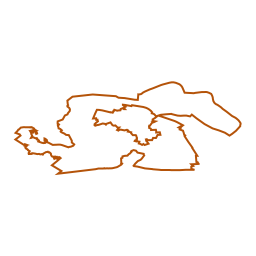 the district of Salaspils pag., Salaspils, Latvia, rotated 180°
{"feature_id": "27541924B60067262699330", "entity_name": "Salaspils pag.", "entity_type": "district", "adm_level": 2, "iso_a3": "LVA", "parent_name": "Latvia", "parent_adm1": "Salaspils", "projection": "natural_earth1", "projection_center": [24.381, 56.873], "detail": "fine", "context": "isolated", "style": "outline", "palette": "amber", "viewbox_px": 256, "rotation_deg": 180, "n_neighbors": 0, "source": "geoboundaries", "source_scale": "gbopen_adm2", "svg_char_len": 5840}
<svg xmlns="http://www.w3.org/2000/svg" viewBox="0 0 256 256"><g transform="rotate(180 128 128)"><path d="M188.3,152.4L188.1,151.2L187.9,150.9L188.7,150.0L188.5,149.4L187.5,148.7L186.8,148.1L186.1,146.8L186.1,146.1L186.3,144.9L188.0,142.9L188.5,141.6L191.1,140.5L193.3,136.5L198.3,134.6L198.4,132.7L197.5,131.8L197.0,131.5L197.2,131.2L198.2,131.1L198.2,130.8L198.0,129.8L197.4,128.2L197.4,127.6L195.7,127.0L194.2,125.7L195.4,124.6L195.3,124.3L194.5,123.7L191.6,122.4L189.9,121.1L187.2,120.9L184.2,115.3L184.2,113.5L181.8,111.6L182.7,110.3L185.2,109.3L187.1,109.0L187.6,108.7L193.9,110.9L195.5,111.3L196.9,111.4L203.3,111.1L207.7,113.4L209.4,113.8L208.9,114.5L209.2,116.0L210.7,117.2L211.5,117.5L211.5,115.2L211.0,115.0L210.6,114.5L210.6,113.4L210.8,113.1L212.5,112.9L214.0,113.2L217.7,114.5L217.1,115.5L217.4,115.8L218.7,116.4L218.4,116.7L219.2,117.9L220.0,117.7L221.2,118.0L222.9,118.8L223.8,118.6L224.5,118.2L225.0,118.1L224.8,118.5L224.0,119.7L223.8,120.1L223.9,120.5L224.6,121.6L224.9,123.0L222.9,123.4L223.1,123.8L223.9,123.6L225.1,123.6L225.8,124.8L225.1,124.7L225.3,125.2L223.3,125.7L223.2,125.5L222.0,125.0L220.5,124.1L219.8,122.1L218.9,122.5L219.5,124.4L220.0,124.7L220.0,124.9L220.1,125.0L221.0,125.0L221.8,125.2L221.5,125.6L221.6,125.8L221.5,126.0L220.7,126.0L222.3,126.9L222.5,127.3L222.2,127.6L223.7,128.5L225.5,128.6L225.4,128.8L228.1,128.7L232.5,128.8L235.2,128.4L237.2,126.4L237.6,126.4L237.8,126.2L238.3,125.3L240.4,123.1L236.3,121.6L235.5,120.4L240.6,116.5L231.8,110.9L231.4,111.2L231.1,111.8L228.9,111.0L230.5,110.4L230.7,110.2L229.3,110.0L229.5,109.6L230.2,109.5L230.5,109.3L230.7,108.7L230.4,107.9L229.8,107.3L228.7,106.8L228.1,106.2L228.1,105.9L226.3,104.8L227.4,102.9L227.2,102.0L224.4,102.1L224.4,102.6L223.5,102.8L220.9,102.4L218.7,101.9L216.9,102.1L215.8,101.6L214.2,101.9L213.4,101.4L213.0,101.5L213.0,102.2L210.0,103.9L209.0,104.0L208.1,104.3L208.0,104.2L207.9,103.9L207.0,103.5L206.6,103.7L205.2,102.5L205.1,102.3L205.1,101.6L204.8,100.7L204.3,99.9L203.9,99.5L202.9,99.3L200.7,99.4L200.5,99.0L199.5,99.0L199.1,99.2L198.4,98.5L197.8,98.8L197.4,98.4L198.9,97.6L202.1,98.0L201.7,97.2L201.1,97.6L200.5,97.6L198.2,97.1L197.9,97.9L196.4,98.8L195.4,97.9L196.6,96.9L198.8,95.0L204.1,90.7L194.6,85.0L198.0,82.3L160.5,86.8L157.4,87.5L152.6,87.5L151.7,87.8L151.2,87.5L148.8,87.7L148.0,87.6L144.6,87.7L143.5,87.8L139.2,88.8L138.3,89.2L134.8,91.3L134.2,91.9L133.9,92.4L134.8,92.7L134.7,93.0L134.9,97.6L133.6,98.2L133.5,99.6L131.1,100.2L128.7,100.3L128.2,100.6L127.9,101.2L127.0,102.0L126.3,102.3L124.6,104.1L124.9,104.5L124.6,105.0L122.4,105.9L120.0,105.3L118.5,103.4L112.5,102.2L112.6,101.9L111.8,100.6L114.2,97.4L115.4,96.2L118.2,94.9L120.8,92.3L122.4,90.2L122.1,89.9L118.5,89.4L111.0,87.6L103.6,86.9L103.4,86.8L102.6,86.7L96.5,86.2L94.9,86.0L86.8,86.0L84.9,85.9L75.6,85.9L70.1,86.2L61.5,86.2L64.5,87.1L64.7,87.6L64.7,89.3L62.8,90.0L63.8,90.8L64.7,91.7L60.5,91.9L57.4,92.1L57.4,92.3L57.6,92.4L58.4,93.8L59.6,94.0L60.1,100.2L58.7,100.2L63.8,108.1L63.6,108.4L67.6,114.0L71.2,119.5L71.4,119.9L70.8,120.6L71.8,121.3L72.3,123.2L73.0,125.3L76.2,126.5L75.5,127.6L77.4,128.5L75.2,129.7L74.6,129.4L73.0,130.7L79.4,134.1L81.4,135.0L95.0,139.6L97.7,140.4L96.2,140.9L95.2,141.2L90.1,141.7L84.5,142.1L84.3,142.0L84.3,141.9L81.6,141.2L78.4,140.4L75.3,140.2L72.1,140.4L69.6,140.4L65.9,139.6L64.2,141.4L59.5,137.7L51.4,131.9L43.4,127.6L37.1,125.6L31.1,123.3L26.5,120.4L23.8,122.2L20.0,125.2L15.8,129.8L15.8,130.8L15.5,131.6L15.4,132.7L16.2,134.0L17.5,135.7L19.2,137.2L20.5,138.2L23.9,140.0L29.5,144.4L33.3,147.1L35.1,148.8L37.4,150.4L38.6,151.2L39.8,151.7L40.9,152.5L41.7,153.3L42.6,154.9L43.1,157.0L43.3,158.7L43.9,160.4L44.8,162.1L47.0,163.2L49.0,163.9L49.9,164.0L54.5,163.9L60.9,163.1L62.2,162.8L71.4,163.3L72.1,165.0L73.7,168.7L74.5,169.9L75.8,171.2L76.9,171.9L80.2,173.2L82.6,173.7L84.1,173.7L86.5,173.3L93.2,171.5L94.8,171.0L103.6,167.5L106.2,166.6L111.2,164.4L113.2,163.3L113.8,162.7L115.0,161.9L117.3,161.5L117.7,161.6L118.2,156.1L121.5,156.3L131.3,157.9L137.5,158.3L140.1,159.8L163.3,161.5L183.5,159.3L188.6,155.4L188.3,152.4ZM104.0,133.2L106.3,130.1L106.8,130.2L107.0,129.5L106.7,128.3L106.8,128.1L105.4,127.4L104.7,126.5L104.8,126.0L100.1,126.2L99.7,124.1L99.8,123.5L96.2,123.7L95.6,121.2L98.4,121.1L100.0,118.0L102.9,118.1L103.9,115.9L108.0,115.9L108.5,116.1L108.9,116.6L109.2,116.8L110.0,116.6L109.8,116.1L109.9,115.7L109.7,115.0L109.4,114.9L107.5,112.3L111.4,111.0L112.6,112.0L113.9,111.1L115.7,112.1L117.2,112.5L116.6,114.3L120.1,114.8L120.1,114.7L121.3,115.0L121.1,115.4L120.2,115.3L119.6,116.7L119.1,116.5L119.0,118.1L119.4,118.9L119.9,120.6L120.3,120.9L123.2,120.9L124.9,122.8L125.0,123.0L124.8,123.7L128.1,124.4L127.6,125.2L127.8,125.4L127.9,125.2L129.1,126.2L131.5,125.6L135.4,126.4L137.1,125.9L137.6,125.4L138.9,126.0L136.9,128.4L138.3,128.3L140.4,130.4L140.7,130.6L142.1,130.3L143.5,130.8L145.5,133.6L149.5,132.2L149.9,131.9L150.2,131.1L150.6,130.8L150.1,131.9L150.2,132.0L153.3,132.5L157.5,131.1L158.6,131.0L160.8,130.3L161.4,130.9L160.9,131.4L160.8,131.9L161.1,132.1L160.0,133.2L158.7,134.2L158.6,134.5L158.1,134.7L158.5,136.3L159.8,136.2L159.9,137.7L162.9,137.5L161.0,142.1L159.1,146.2L156.9,146.1L153.7,145.6L145.5,143.6L145.3,143.8L143.3,143.3L143.0,143.9L142.9,143.9L142.6,144.3L142.9,144.4L142.5,145.2L142.2,145.2L141.7,146.2L138.8,145.3L138.2,145.5L135.6,145.7L135.3,147.0L133.3,147.8L132.2,146.9L131.1,146.9L131.9,147.8L131.9,148.5L130.6,149.2L133.1,151.0L133.1,151.3L131.4,151.1L131.5,150.7L130.7,150.6L130.6,151.0L124.5,149.9L124.0,150.8L112.7,149.0L111.0,148.5L109.7,148.1L107.9,147.2L106.8,146.5L104.8,144.9L104.7,144.5L103.9,143.8L104.2,142.7L103.8,142.6L103.6,142.6L101.8,141.8L101.3,141.3L100.6,140.4L100.1,140.0L99.6,139.8L99.0,139.9L98.5,140.1L98.4,140.1L101.0,138.0L103.3,136.6L102.9,135.6L103.4,135.1L100.6,134.6L102.0,133.9L104.0,133.2Z" fill="none" stroke="#b45309" stroke-width="2"/></g></svg>